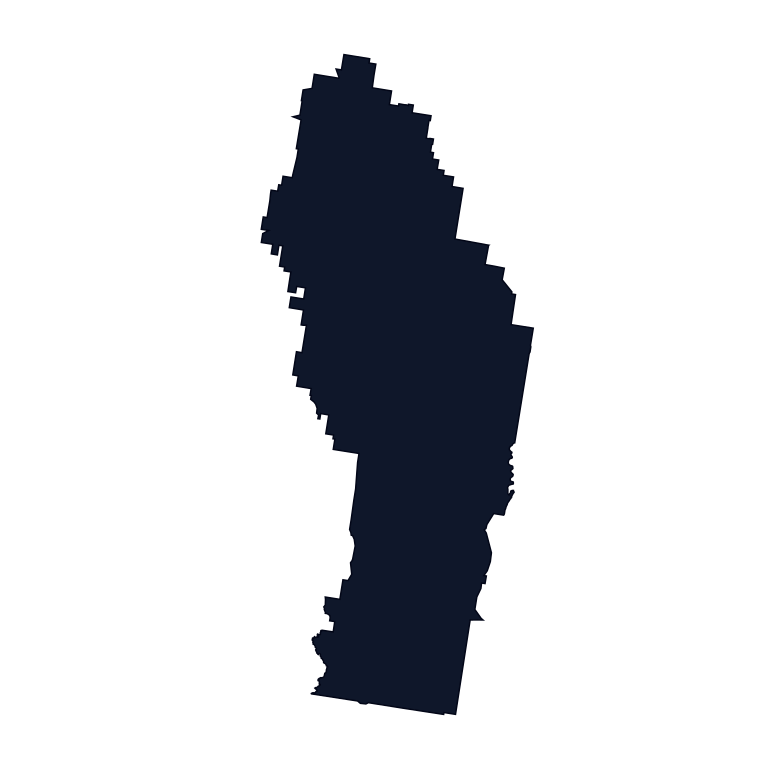 Woodanilling, Western Australia, Australia (orthographic projection), rotated 279°
{"feature_id": "25037944B81892326519969", "entity_name": "Woodanilling", "entity_type": "district", "adm_level": 2, "iso_a3": "AUS", "parent_name": "Australia", "parent_adm1": "Western Australia", "projection": "orthographic", "projection_center": [117.181, -33.52], "detail": "fine", "context": "isolated", "style": "filled", "palette": "ink", "viewbox_px": 768, "rotation_deg": 279, "n_neighbors": 0, "source": "geoboundaries", "source_scale": "gbopen_adm2", "svg_char_len": 5854}
<svg xmlns="http://www.w3.org/2000/svg" viewBox="0 0 768 768"><g transform="rotate(279 384 384)"><path d="M650.9,258.1L650.8,258.9L636.4,258.9L633.7,252.3L631.9,260.8L602.7,260.6L602.7,262.6L594.2,262.6L576.3,261.2L573.4,261.1L573.4,251.8L564.3,251.8L564.3,248.9L557.8,248.8L557.8,242.2L554.1,242.2L547.2,242.6L530.1,242.5L530.1,238.6L517.6,238.6L517.6,246.1L513.6,240.7L504.6,240.7L504.6,252.3L494.9,252.3L494.8,258.5L504.6,258.5L504.6,262.4L484.0,262.4L484.0,267.6L480.1,267.6L480.1,274.5L473.9,274.5L460.3,274.6L460.3,282.4L466.7,282.5L466.7,291.4L455.4,291.4L455.4,278.5L444.6,278.5L444.5,292.9L429.4,292.9L429.4,294.9L429.6,296.3L430.0,298.2L402.1,298.1L402.2,292.5L378.7,292.5L378.6,298.1L368.2,298.0L368.1,312.8L361.3,312.7L361.3,314.0L357.4,314.0L355.4,317.6L353.4,319.7L349.5,321.8L344.7,322.0L343.1,324.3L339.4,324.1L339.4,326.1L344.9,326.1L344.8,334.3L325.7,334.3L325.7,342.2L321.9,342.2L321.9,344.1L311.5,344.1L311.5,369.8L311.4,369.8L311.4,370.2L302.4,370.2L275.9,372.4L264.5,372.4L244.7,372.8L234.9,372.8L232.2,374.5L229.5,375.3L229.4,376.7L226.0,378.9L219.5,380.9L204.9,380.4L204.9,380.2L204.7,380.2L202.2,378.9L191.0,381.9L184.2,379.2L184.2,374.1L164.4,374.1L164.4,359.3L162.1,359.9L156.5,360.6L154.4,359.4L153.4,360.2L151.9,360.3L149.2,361.9L148.3,361.9L148.3,363.8L147.4,365.8L146.8,366.7L144.7,367.4L141.6,367.4L141.7,372.5L131.2,372.6L131.1,361.7L130.8,361.6L130.7,361.3L130.9,360.9L130.8,360.6L130.6,360.3L130.4,360.2L130.0,360.3L129.8,360.5L129.6,360.3L129.3,360.4L128.9,360.2L128.6,360.2L128.3,360.0L128.0,360.2L127.7,360.2L127.1,360.3L126.5,360.2L126.4,359.4L126.5,358.8L126.1,358.3L126.1,358.1L126.6,357.6L126.4,357.4L125.5,357.4L124.6,358.5L124.4,358.7L123.9,358.8L123.8,358.6L123.7,358.4L123.9,358.3L123.9,357.4L123.5,357.2L123.2,356.3L123.0,356.2L122.9,355.9L122.8,355.7L123.2,355.4L123.3,355.1L123.5,354.9L122.9,354.5L122.6,354.6L121.6,354.2L121.6,353.8L122.0,353.6L122.0,353.4L121.9,353.2L121.6,353.2L120.0,353.1L119.8,353.3L119.8,353.5L119.4,353.5L119.2,353.8L119.3,354.1L119.0,354.3L118.9,354.6L118.5,354.5L118.5,354.3L118.2,354.3L117.9,354.2L117.5,354.2L117.2,354.7L116.5,354.7L116.1,354.6L115.5,356.1L114.0,357.2L113.1,357.4L112.8,358.1L112.5,358.3L111.9,358.6L111.5,358.6L111.0,358.4L110.8,358.1L110.6,358.1L110.4,358.2L110.2,358.7L109.2,358.9L108.5,359.6L107.7,359.8L107.6,360.0L107.6,360.5L106.7,361.0L106.5,361.5L107.0,361.8L107.5,362.2L107.6,362.6L107.5,363.1L107.1,363.4L106.6,363.6L105.5,363.5L104.7,364.7L104.2,364.6L103.2,365.0L103.1,365.3L103.1,365.5L102.9,366.1L102.5,366.4L101.9,366.7L101.0,367.7L99.9,367.8L99.4,368.0L99.0,368.5L98.6,369.8L98.4,370.1L97.5,370.9L96.7,371.1L96.5,372.2L96.2,372.4L95.9,372.6L95.8,372.4L95.4,372.1L93.4,372.0L92.9,371.8L92.3,371.9L89.9,371.9L89.6,371.6L89.4,371.1L88.9,370.8L85.9,370.6L85.3,370.4L85.0,370.1L84.5,369.4L84.0,368.0L84.1,367.6L83.8,367.0L83.5,367.0L83.2,366.7L82.8,366.6L82.8,366.4L83.0,366.0L82.8,365.8L82.5,365.9L82.0,365.2L81.8,365.2L81.6,365.3L81.4,365.2L81.2,365.3L80.9,365.2L80.7,365.3L80.6,366.0L80.3,366.4L79.7,366.8L78.2,366.9L77.4,367.1L77.4,367.6L77.3,368.0L77.0,368.1L76.8,368.1L76.4,367.7L75.8,367.0L75.1,366.8L75.0,366.2L74.9,366.2L73.6,364.9L73.4,364.6L73.5,364.1L72.8,363.3L72.3,363.9L71.8,364.9L71.6,365.1L71.5,365.4L70.7,366.1L70.4,366.1L70.1,365.4L69.6,365.0L68.5,364.2L68.3,364.1L67.9,364.2L67.7,364.1L67.7,363.5L68.0,363.2L68.1,362.9L67.9,362.6L67.6,362.5L67.8,362.1L67.8,361.7L67.5,361.4L67.1,360.7L66.9,360.6L66.6,360.8L66.8,407.5L64.9,410.6L65.2,416.2L66.8,418.4L66.8,454.6L67.0,494.6L68.9,494.6L68.9,506.3L164.4,506.0L165.6,513.1L166.4,518.7L167.7,516.6L175.5,509.0L188.2,509.0L197.2,511.7L202.7,511.5L202.7,515.0L210.4,515.1L210.4,512.6L215.7,515.2L225.2,516.8L234.1,516.5L252.8,508.3L255.7,505.8L257.2,507.3L261.3,507.6L273.2,512.6L273.2,522.7L274.1,523.1L274.8,523.2L278.6,523.2L279.8,523.6L281.9,523.8L284.1,524.5L285.4,524.6L286.9,525.2L288.4,526.0L289.7,526.4L290.8,527.2L291.9,527.4L292.4,527.8L292.7,527.4L293.1,527.4L293.9,527.9L296.2,528.7L297.3,529.4L297.8,529.3L298.0,528.6L299.1,528.5L299.1,527.9L298.9,527.6L298.8,527.0L298.6,526.8L298.3,526.2L298.0,526.0L297.6,525.9L296.5,526.1L295.5,525.4L294.0,524.9L294.0,524.7L294.9,523.7L295.4,523.4L299.1,522.9L300.8,522.3L301.3,522.3L302.3,522.6L303.4,523.1L303.7,523.4L304.5,525.1L304.8,525.5L305.2,526.4L305.2,526.9L305.5,527.3L306.3,527.3L307.4,527.0L307.5,526.8L307.8,524.6L308.4,523.9L309.3,523.5L309.6,523.6L310.5,523.6L311.4,523.9L312.5,525.1L312.9,525.5L314.5,525.8L315.0,525.6L315.3,525.3L316.6,523.3L316.9,523.3L317.3,522.9L317.8,522.6L318.4,522.7L320.5,524.5L321.1,524.5L321.7,524.2L322.7,524.0L323.0,523.7L323.3,521.8L323.6,520.7L324.4,519.6L326.2,518.9L328.5,519.2L329.4,519.8L330.4,520.8L330.6,521.8L331.5,522.2L331.9,522.1L332.3,521.9L333.1,521.1L334.0,520.4L334.4,520.3L334.9,520.4L335.4,520.9L336.6,521.0L336.8,520.6L337.1,519.9L337.6,519.4L338.0,518.8L338.5,518.3L339.0,518.0L340.3,517.8L342.1,518.5L342.6,519.0L342.9,519.5L343.3,519.9L343.7,520.2L344.9,520.5L346.4,522.0L346.4,522.3L346.7,522.3L436.4,522.6L437.1,522.7L438.4,523.2L439.0,523.2L443.7,523.2L444.9,522.7L445.4,522.6L462.5,522.7L462.5,500.2L492.9,499.9L492.9,495.9L495.0,495.9L505.4,484.4L517.2,484.7L517.6,474.7L517.8,465.1L537.4,465.6L537.5,465.7L537.5,463.0L537.6,461.2L538.3,431.4L589.6,431.5L589.7,420.3L599.4,420.3L599.4,409.9L604.3,409.9L604.3,402.9L613.8,403.0L613.8,396.7L620.2,396.7L620.3,393.6L627.9,393.6L628.3,394.5L633.7,394.5L633.7,391.0L633.3,391.0L633.3,387.3L643.4,387.3L643.5,387.3L643.5,387.2L651.4,387.2L651.4,388.5L656.3,388.5L656.3,369.3L664.1,369.3L664.1,364.4L662.8,364.4L663.2,362.4L663.0,360.6L663.1,354.9L660.8,354.8L660.8,345.6L674.6,345.6L674.7,326.1L687.7,325.8L698.7,325.9L698.7,319.0L703.0,319.0L703.1,292.9L687.6,292.8L687.6,287.4L679.1,292.0L678.9,292.4L679.0,266.7L664.7,266.7L661.8,258.1L650.9,258.1Z" fill="#0f172a" stroke="#020617" stroke-width="1.5"/></g></svg>